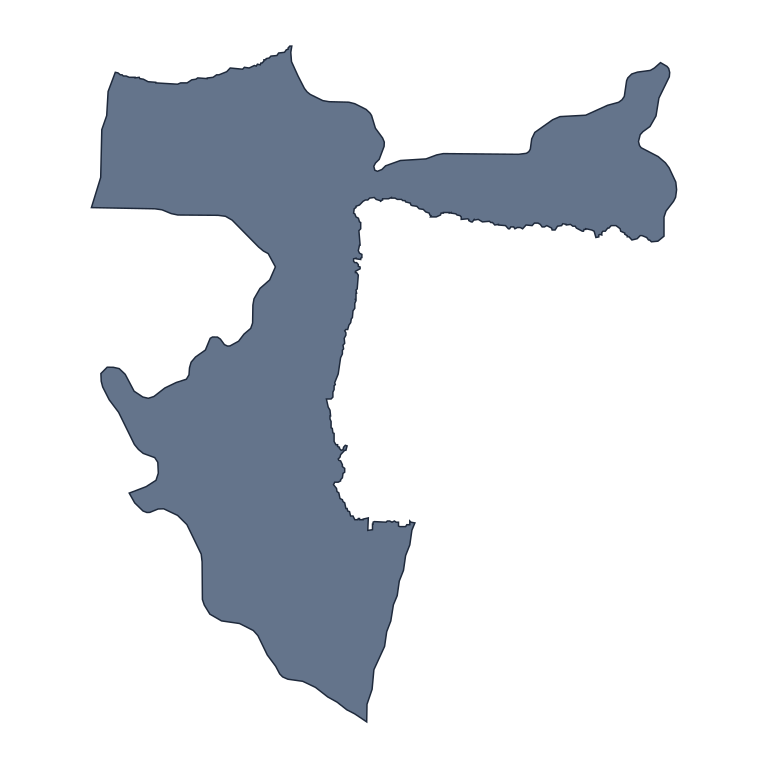 outline of Sánchez, Samaná, Dominican Republic
{"feature_id": "3306468B64693584443826", "entity_name": "Sánchez", "entity_type": "district", "adm_level": 2, "iso_a3": "DOM", "parent_name": "Dominican Republic", "parent_adm1": "Samaná", "projection": "orthographic", "projection_center": [-69.614, 19.143], "detail": "fine", "context": "isolated", "style": "filled", "palette": "slate", "viewbox_px": 768, "rotation_deg": 0, "n_neighbors": 0, "source": "geoboundaries", "source_scale": "gbopen_adm2", "svg_char_len": 6047}
<svg xmlns="http://www.w3.org/2000/svg" viewBox="0 0 768 768"><path d="M100.9,373.5L101.2,381.2L102.7,387.0L109.2,399.8L118.6,412.3L134.4,444.5L138.4,449.4L143.2,453.4L154.7,457.6L157.8,462.3L158.3,473.2L156.0,480.3L146.0,486.7L129.2,493.1L134.7,502.9L143.0,511.0L146.9,512.5L149.8,512.4L158.1,509.0L163.7,508.8L177.6,515.4L186.9,524.6L201.2,554.1L202.1,561.9L202.4,599.5L204.3,605.1L209.9,614.2L221.5,620.9L239.5,623.5L253.3,630.5L257.9,635.6L267.3,655.0L275.7,666.3L279.7,673.9L282.6,676.9L287.8,679.2L302.7,681.3L315.5,687.4L327.8,697.0L337.0,702.1L346.8,709.8L354.6,713.8L366.7,721.9L367.0,704.3L372.1,689.3L373.9,669.7L384.6,646.4L386.7,631.7L390.8,621.0L393.4,604.8L397.2,595.7L399.3,581.0L403.5,570.3L405.6,555.6L409.8,544.9L411.9,530.2L414.9,522.9L411.0,522.2L409.8,521.0L409.8,524.7L406.8,524.7L405.6,526.6L399.7,526.6L398.5,526.0L398.5,522.2L396.2,522.2L394.4,521.0L392.0,522.2L389.7,521.0L387.3,521.0L386.1,522.2L374.3,521.6L373.1,522.2L373.1,524.1L372.5,524.1L372.5,529.7L367.8,530.4L368.3,517.9L363.1,519.1L363.1,519.7L359.5,519.7L359.5,518.5L358.3,518.5L357.7,519.7L354.8,519.7L353.0,516.0L350.6,516.0L349.5,511.6L347.7,511.0L347.1,508.5L345.9,508.5L344.7,502.8L343.0,501.6L342.4,499.7L340.0,498.5L338.8,492.8L337.0,491.6L336.5,488.4L333.5,484.7L334.7,482.2L338.2,482.2L340.6,480.9L340.6,479.7L342.4,477.8L343.0,473.4L344.7,472.2L344.7,468.4L342.4,466.6L342.4,464.7L340.6,460.9L338.8,460.3L338.2,459.0L340.0,457.2L340.6,454.7L344.7,450.3L345.9,450.3L347.1,445.9L345.3,445.3L343.6,447.2L343.0,449.7L341.2,450.3L339.4,448.4L339.4,447.2L337.6,446.5L337.6,444.7L335.9,444.7L334.1,441.5L334.1,433.4L332.9,432.8L332.3,428.4L331.1,427.8L331.1,421.5L330.0,419.0L330.0,415.9L330.6,415.9L330.0,410.2L328.2,407.1L326.4,399.0L331.1,399.0L332.9,397.1L332.9,392.1L334.1,389.6L334.1,385.8L335.3,384.6L334.7,382.7L338.2,374.0L340.6,357.7L342.4,353.9L342.4,350.2L343.6,348.9L343.0,345.2L344.7,343.3L344.2,338.3L345.9,335.2L345.9,332.7L344.7,330.8L345.9,329.5L347.7,329.5L348.9,325.1L350.7,322.6L351.3,318.9L352.4,317.6L353.0,310.8L354.8,308.3L354.8,303.2L356.0,300.7L355.4,299.5L356.0,299.5L356.0,293.2L356.6,293.2L356.0,290.1L357.2,288.9L358.3,275.1L356.6,272.6L355.4,272.6L355.4,271.3L360.1,268.8L360.1,267.0L358.3,266.3L358.3,264.5L356.6,262.6L354.8,262.6L353.6,261.3L353.6,258.8L356.0,258.2L356.0,258.8L360.7,259.5L360.7,258.2L361.9,257.6L361.9,254.4L359.5,253.2L358.3,250.7L359.5,245.1L360.1,245.1L358.9,230.7L360.7,228.8L360.7,222.5L359.5,221.9L358.4,218.2L356.0,216.9L354.8,213.8L353.6,213.2L354.2,208.8L356.0,207.5L356.0,206.3L359.5,205.0L363.1,201.3L365.4,200.0L367.8,200.0L369.6,198.1L374.3,197.5L376.1,199.4L380.2,200.6L380.8,201.9L380.8,200.6L382.6,200.0L382.6,198.8L388.5,198.8L391.4,197.5L391.4,198.1L395.0,198.1L397.3,199.4L401.5,199.4L402.7,200.6L405.0,200.6L405.6,201.9L410.3,203.1L410.9,205.0L412.1,205.6L416.8,206.3L419.2,208.8L423.3,209.4L425.7,211.9L429.2,213.1L429.8,215.0L431.0,215.6L430.4,216.9L436.3,216.9L440.5,215.0L441.1,213.1L443.4,213.1L443.4,212.5L449.3,212.5L449.3,213.1L451.1,212.5L451.1,213.1L455.8,213.8L457.0,215.0L460.0,215.6L461.2,216.9L461.2,219.4L467.6,218.8L468.8,219.4L468.8,220.6L471.2,221.9L472.4,221.9L474.2,219.4L474.7,220.0L478.3,219.4L482.4,221.9L489.5,221.3L490.7,222.5L492.5,222.5L494.8,225.0L498.4,224.4L498.4,225.0L505.5,225.6L508.4,228.8L509.6,228.8L510.8,226.9L513.7,226.9L514.9,228.8L517.3,227.5L520.2,227.5L522.6,228.8L526.1,225.0L532.1,225.6L534.4,223.1L538.0,223.1L540.3,224.4L542.1,226.9L544.5,226.9L546.8,225.6L551.6,228.1L552.1,230.0L555.1,230.0L557.5,226.2L561.6,225.6L562.8,223.7L566.3,224.4L566.3,225.0L570.5,224.4L572.8,226.2L575.2,226.2L576.4,228.1L582.3,231.2L583.5,231.2L584.1,229.4L585.8,229.4L585.8,228.7L591.7,230.0L594.1,231.2L595.9,237.5L598.8,236.9L598.8,235.0L600.0,234.4L601.8,235.0L601.8,232.5L603.0,231.2L605.3,231.2L607.7,228.1L608.9,228.1L611.2,225.6L616.0,225.6L620.1,228.7L620.7,231.2L624.8,233.1L624.8,234.3L627.2,235.6L627.2,236.8L629.0,236.8L631.9,240.0L637.2,238.7L640.2,235.6L642.0,235.6L646.7,237.5L648.5,240.0L649.6,240.0L651.4,241.8L657.9,241.2L664.0,236.2L664.0,217.1L666.0,211.1L673.5,201.4L675.6,197.3L676.6,189.7L675.8,182.1L669.1,167.8L665.4,162.8L658.2,156.6L641.1,147.7L639.5,145.5L638.5,141.5L640.2,134.7L642.9,131.7L650.0,126.5L656.0,116.0L658.9,98.1L669.3,76.8L669.7,72.5L668.7,68.5L667.0,66.4L660.5,62.6L654.4,68.0L650.3,70.4L637.5,72.1L631.7,74.0L627.8,77.9L626.6,80.7L624.3,96.4L622.0,99.8L618.6,102.3L607.5,105.3L585.7,115.2L560.0,116.6L552.7,119.7L534.8,132.4L531.7,138.9L530.3,149.2L528.8,151.7L526.4,153.3L518.6,154.3L443.3,153.6L436.7,154.9L426.0,158.9L400.4,160.5L385.6,165.8L381.9,169.5L377.4,171.3L374.8,170.2L373.8,166.3L375.5,163.0L379.2,159.4L384.1,146.4L384.3,142.1L382.6,138.0L375.4,128.2L371.6,115.6L370.1,113.2L366.1,109.4L354.8,103.7L348.8,102.2L329.1,101.7L322.8,100.6L310.2,94.4L307.0,91.8L304.4,88.4L298.0,75.9L291.5,61.6L290.8,52.4L291.8,46.1L289.8,46.1L288.1,48.0L288.1,49.2L286.3,49.8L284.5,52.3L278.6,53.0L276.9,55.5L270.9,56.1L269.2,58.0L266.2,58.6L265.6,59.8L263.9,59.8L263.9,61.1L262.1,63.0L260.9,63.0L260.3,64.8L257.4,64.2L256.2,66.1L254.4,65.5L249.1,68.0L244.4,67.3L242.6,69.2L230.2,68.0L226.7,71.7L219.0,74.8L216.6,74.8L213.1,77.3L207.2,78.0L207.2,78.6L197.7,77.9L195.9,79.2L191.8,79.8L187.1,82.9L180.6,82.9L177.6,84.2L155.8,82.9L155.8,82.3L148.1,81.7L143.4,79.2L139.8,78.6L139.2,77.3L135.1,77.9L135.1,77.3L129.2,77.3L126.2,76.0L123.3,76.0L122.1,74.8L120.3,74.8L118.0,72.9L115.3,72.3L108.1,91.5L106.7,115.6L101.8,129.6L100.7,177.4L91.4,207.6L154.9,208.8L162.0,209.8L171.2,213.6L177.9,215.0L218.0,215.3L225.5,216.3L232.1,220.1L258.7,247.1L263.4,251.0L268.2,253.6L275.4,266.9L269.7,279.9L260.0,288.4L254.0,298.8L252.9,305.1L252.6,323.0L250.7,328.4L244.0,334.1L238.6,341.2L230.0,345.9L227.6,346.1L224.4,344.6L220.4,339.1L217.5,337.1L212.5,337.0L210.2,338.3L205.4,350.0L195.5,357.0L191.1,362.2L189.5,367.8L189.0,374.8L186.4,379.2L176.2,382.5L164.8,388.0L153.9,396.5L148.3,398.3L142.8,397.0L134.1,391.2L125.2,374.3L119.2,368.6L113.4,367.3L107.2,367.2L100.9,373.5Z" fill="#64748b" stroke="#1e293b" stroke-width="1.5"/></svg>